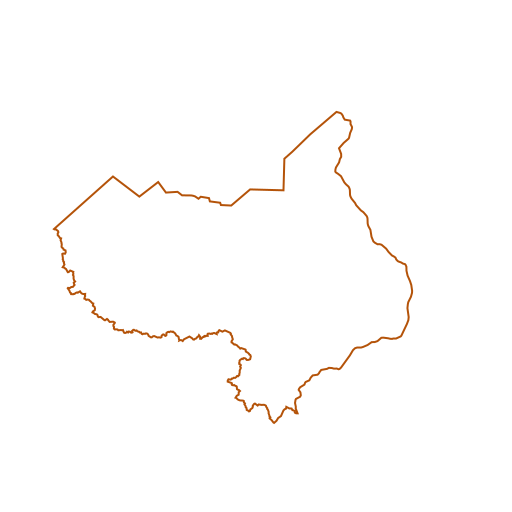 Futaleufú, Chubut, Argentina (orthographic projection), rotated 317°
{"feature_id": "61730980B18376344054138", "entity_name": "Futaleufú", "entity_type": "district", "adm_level": 2, "iso_a3": "ARG", "parent_name": "Argentina", "parent_adm1": "Chubut", "projection": "orthographic", "projection_center": [-71.852, -43.056], "detail": "fine", "context": "isolated", "style": "outline", "palette": "amber", "viewbox_px": 512, "rotation_deg": 317, "n_neighbors": 0, "source": "geoboundaries", "source_scale": "gbopen_adm2", "svg_char_len": 6144}
<svg xmlns="http://www.w3.org/2000/svg" viewBox="0 0 512 512"><g transform="rotate(317 256 256)"><path d="M413.1,205.5L378.7,204.0L353.4,204.5L343.1,204.2L320.9,226.7L297.1,203.3L272.3,202.2L265.1,194.8L266.1,192.6L259.5,184.6L261.1,181.6L256.0,175.0L253.0,174.9L252.1,170.9L251.3,169.4L250.1,167.7L243.3,161.2L242.4,155.6L233.4,148.2L234.9,135.2L211.2,133.0L205.6,100.3L126.6,98.5L126.7,99.0L127.9,100.3L128.2,102.9L127.6,103.9L126.3,104.3L125.1,105.7L125.3,106.9L124.9,109.1L125.5,110.2L123.9,111.1L123.0,113.4L122.3,114.2L122.1,114.8L120.0,116.7L119.9,118.2L120.2,119.1L119.6,120.1L120.5,122.0L119.4,123.5L117.9,124.1L116.6,122.6L115.7,122.4L113.3,125.9L112.3,126.7L112.2,127.5L111.3,128.6L111.5,129.5L110.6,130.3L110.1,131.6L107.0,132.4L107.9,134.0L107.9,135.2L108.2,136.0L107.3,139.5L108.0,140.0L110.2,139.9L111.6,143.0L110.9,143.4L110.2,144.6L109.2,145.0L108.9,146.3L107.1,148.2L106.4,149.8L106.3,151.3L104.5,151.2L103.8,152.4L103.6,153.4L101.0,153.7L99.7,152.7L98.0,152.5L96.8,151.1L96.3,151.2L95.9,154.1L95.1,155.9L95.4,157.1L94.8,157.8L96.2,159.3L96.7,159.3L97.4,160.0L98.8,160.0L100.4,160.6L100.6,161.3L103.2,161.8L102.9,163.7L103.1,164.9L103.8,166.1L105.2,167.2L103.9,168.3L103.8,168.8L102.8,169.2L101.4,170.1L101.9,171.2L101.9,172.3L103.2,173.0L104.0,174.2L103.8,175.3L104.1,176.1L104.1,178.9L104.6,179.8L102.8,181.1L103.2,183.1L102.4,184.7L101.1,185.7L98.8,185.3L97.9,185.7L98.5,187.2L98.6,188.4L99.8,190.1L99.8,191.2L99.1,192.3L99.1,193.3L100.8,194.6L101.4,199.6L101.8,200.1L104.1,200.4L104.3,201.7L104.1,202.1L104.0,204.4L106.7,206.6L107.3,208.2L107.2,208.6L104.7,209.1L103.9,210.1L103.8,211.1L102.7,212.0L102.5,212.8L102.7,213.6L103.4,213.9L104.6,215.3L104.6,216.4L106.8,218.1L107.5,219.1L108.2,219.4L107.2,222.0L107.7,223.0L109.1,223.6L110.0,223.4L110.3,224.7L111.5,224.5L112.2,225.6L112.3,226.7L112.9,227.4L113.7,227.6L114.3,226.3L115.9,226.3L116.4,226.7L116.8,228.4L117.9,229.0L117.8,229.6L118.4,231.2L118.9,231.8L118.9,232.9L119.8,233.5L119.3,235.0L119.6,235.8L120.9,236.2L121.8,237.3L122.7,237.5L123.4,238.4L123.6,239.0L123.5,240.0L123.0,241.2L123.7,243.9L124.3,244.4L126.0,244.5L127.0,245.2L128.4,248.5L129.6,249.3L130.5,250.6L131.5,250.9L132.7,249.9L134.3,249.9L135.0,250.4L135.1,252.4L135.4,252.8L136.5,252.8L137.8,251.3L139.3,251.3L140.2,251.7L140.6,252.5L142.1,252.9L143.2,254.7L143.7,254.7L144.1,257.5L143.5,259.8L144.0,260.9L144.2,262.3L142.8,264.5L142.8,265.2L142.3,265.5L143.2,265.8L144.1,266.8L144.4,268.2L146.5,267.8L152.4,269.5L153.2,272.7L153.1,274.1L153.6,274.9L154.6,274.9L156.1,275.5L158.1,275.2L158.8,275.6L160.3,275.0L160.1,277.0L158.7,278.4L159.4,279.2L161.6,279.0L162.5,279.6L162.8,279.3L163.8,279.3L164.3,280.3L164.8,280.2L166.2,281.5L167.2,280.1L167.8,280.0L169.0,280.9L169.8,282.2L170.5,282.3L170.9,283.1L172.1,283.2L173.0,283.9L174.0,286.3L174.5,285.6L175.3,285.3L175.7,285.4L176.3,286.1L177.8,285.2L178.6,285.2L179.8,288.4L182.5,289.2L184.8,294.7L184.7,295.6L184.1,295.9L183.8,298.3L183.2,299.0L182.5,300.6L182.2,301.1L179.9,301.7L179.2,302.5L179.5,303.1L179.4,304.1L179.7,304.7L179.6,305.7L179.9,306.2L180.4,306.4L181.2,308.5L181.1,309.9L181.4,311.9L181.3,313.0L182.4,313.3L184.5,317.2L184.5,317.5L183.4,318.9L184.1,321.3L184.2,322.9L183.9,323.5L184.3,324.5L183.7,325.9L181.3,327.5L179.6,326.8L178.4,325.8L178.3,325.2L178.5,324.4L178.3,323.5L177.5,322.4L177.0,322.1L176.1,322.4L175.6,321.5L173.4,321.2L172.5,321.4L171.7,322.3L170.9,322.6L170.1,323.6L170.6,324.6L170.5,325.5L168.9,326.1L168.6,327.5L166.0,328.6L164.4,330.3L163.3,330.8L162.8,331.6L160.9,331.7L160.6,331.0L160.1,330.8L159.2,331.1L157.6,330.9L156.8,329.9L155.0,329.6L154.6,329.1L153.7,329.3L152.9,328.9L151.8,327.4L150.4,327.8L149.6,328.6L151.6,332.4L151.4,332.9L150.7,333.3L150.5,334.0L151.2,335.1L152.0,335.4L152.3,336.8L152.9,337.9L152.9,338.3L151.3,340.4L151.4,341.1L152.1,342.4L152.2,343.8L150.5,343.8L148.7,345.6L146.6,345.1L144.4,345.7L144.8,346.4L144.8,348.3L145.1,349.3L145.8,350.7L147.9,352.9L148.2,353.8L147.3,354.8L147.4,356.3L146.4,356.6L146.0,358.8L145.3,359.6L145.4,360.7L144.2,362.3L144.9,364.0L144.9,364.9L146.0,365.2L147.1,364.4L149.6,364.7L150.9,364.1L151.2,363.5L151.9,363.2L153.9,362.9L154.6,363.2L155.2,366.5L156.7,366.4L158.5,368.7L160.4,370.3L161.1,371.8L161.1,372.4L160.6,373.3L160.4,375.0L159.9,375.4L159.8,376.7L158.9,378.7L158.0,379.5L156.8,382.2L156.5,382.4L156.5,383.7L155.5,383.7L155.2,384.0L155.5,386.6L155.2,389.6L155.4,390.4L158.6,390.5L161.7,389.6L165.1,390.1L170.7,387.7L172.4,387.6L173.9,388.1L175.3,387.0L176.4,390.2L178.0,391.8L177.5,393.6L178.1,394.3L178.6,395.9L177.8,396.6L177.6,397.2L178.1,398.5L179.1,399.4L181.0,394.7L182.3,393.4L184.3,390.1L186.9,388.1L187.8,387.8L192.3,389.0L193.8,388.4L195.5,386.0L195.9,383.0L196.8,382.5L198.8,382.1L203.7,383.1L205.4,382.2L206.4,382.0L210.2,383.3L213.0,382.3L216.0,382.0L220.1,384.8L222.1,384.7L223.0,384.3L226.0,383.8L231.0,387.0L233.0,387.5L235.1,389.7L236.1,391.4L238.3,393.4L239.2,395.2L240.1,395.6L242.1,395.6L256.9,392.7L262.7,391.0L265.6,391.0L267.5,391.9L270.4,394.6L272.2,395.5L276.9,397.2L281.9,397.9L284.1,399.9L286.8,401.1L291.9,401.3L293.4,402.5L296.6,406.4L297.7,408.1L299.1,409.5L300.0,409.9L302.2,411.9L307.0,413.5L308.0,413.4L320.1,408.6L323.7,406.8L326.0,404.8L331.2,397.4L334.2,394.8L335.9,393.6L341.5,391.5L344.9,389.4L346.4,388.0L349.8,383.1L351.5,379.4L353.5,373.7L356.0,369.4L358.7,366.4L359.4,364.4L359.4,363.5L358.3,361.8L357.8,359.8L356.4,357.1L356.2,356.2L356.2,354.2L356.9,352.3L356.5,350.3L355.8,348.4L355.7,343.4L356.2,339.4L355.5,333.4L354.5,331.7L352.9,330.3L352.0,327.4L351.8,325.4L353.6,320.7L357.5,314.9L358.5,311.0L359.1,309.6L359.9,308.3L362.9,304.9L363.7,303.7L364.2,302.2L364.4,297.2L363.8,294.2L363.9,287.2L364.6,284.8L365.0,279.2L365.7,276.8L366.4,275.5L369.7,271.7L370.4,270.4L371.0,268.5L370.7,264.9L370.8,262.4L372.6,255.6L372.1,252.1L371.4,249.2L371.6,248.3L373.1,246.9L374.8,245.8L380.6,244.2L383.5,242.3L385.9,241.6L387.9,239.4L390.2,233.8L397.2,233.1L403.7,233.3L404.7,233.0L408.8,230.2L412.5,228.6L413.7,227.7L414.3,226.9L415.1,224.0L416.8,222.2L417.2,221.2L413.9,216.8L414.4,214.3L415.2,212.5L415.5,210.4L415.4,209.5L415.0,208.6L413.1,205.5Z" fill="none" stroke="#b45309" stroke-width="2"/></g></svg>